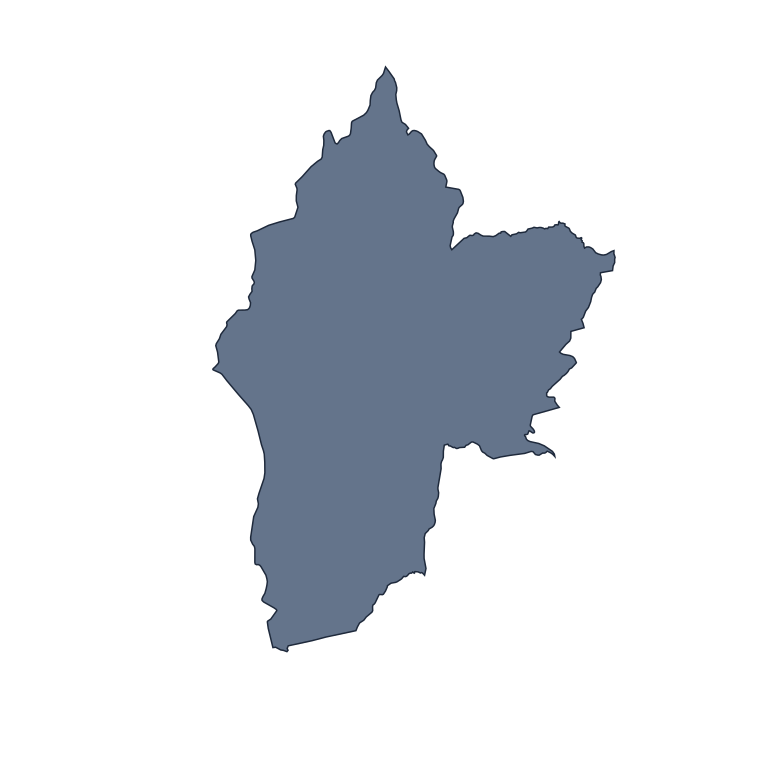 An Khe, Gia Lai, Vietnam (orthographic projection), rotated 206°
{"feature_id": "81297802B94904539855050", "entity_name": "An Khe", "entity_type": "district", "adm_level": 2, "iso_a3": "VNM", "parent_name": "Vietnam", "parent_adm1": "Gia Lai", "projection": "orthographic", "projection_center": [108.675, 14.022], "detail": "fine", "context": "isolated", "style": "filled", "palette": "slate", "viewbox_px": 768, "rotation_deg": 206, "n_neighbors": 0, "source": "geoboundaries", "source_scale": "gbopen_adm2", "svg_char_len": 6168}
<svg xmlns="http://www.w3.org/2000/svg" viewBox="0 0 768 768"><g transform="rotate(206 384 384)"><path d="M544.2,322.1L543.7,321.8L536.2,322.1L533.9,321.7L526.5,318.0L510.3,310.8L496.4,305.0L492.2,302.9L488.0,299.3L476.7,286.7L467.5,275.7L463.1,271.2L460.9,268.5L456.8,261.3L452.2,252.1L450.4,246.5L448.4,230.7L447.4,225.3L444.4,221.3L443.3,217.9L443.0,207.8L436.7,187.9L435.4,185.3L431.9,182.5L429.3,181.2L427.8,179.3L421.9,167.1L420.9,165.8L419.4,165.7L417.8,166.6L416.1,166.6L414.5,165.9L406.3,160.4L403.9,157.6L402.2,155.2L401.1,152.0L400.2,148.5L399.3,143.6L399.6,140.1L399.5,137.6L399.0,136.3L398.4,135.9L396.5,135.3L384.8,134.6L381.8,134.1L381.0,133.3L382.7,123.1L384.6,119.9L384.6,119.1L380.9,113.6L368.3,98.4L366.0,99.9L360.2,99.7L357.6,100.5L353.9,100.9L353.5,102.6L355.1,103.8L355.3,106.7L336.2,121.7L325.4,131.0L301.1,150.0L301.4,154.1L301.2,158.5L298.6,162.9L297.8,166.9L294.8,173.7L294.8,175.3L296.7,178.9L297.0,180.3L296.9,181.0L296.3,181.9L296.0,183.5L296.1,192.2L295.7,192.9L293.0,194.0L292.4,194.8L291.9,198.6L292.1,203.1L292.5,204.2L290.3,208.1L286.6,210.8L285.5,212.0L282.8,216.5L282.0,219.7L280.4,220.2L279.6,220.9L279.0,222.0L278.4,224.4L277.4,225.6L276.3,226.1L275.8,227.6L273.9,227.2L273.7,227.7L274.1,228.7L273.9,229.0L270.9,230.1L268.4,230.1L267.6,231.0L266.5,231.0L263.7,229.9L265.4,236.6L271.5,244.8L273.4,248.6L278.2,259.6L280.5,263.5L281.4,267.6L280.0,271.7L279.9,273.5L278.0,276.3L277.3,278.1L277.1,279.6L277.4,282.0L278.1,284.0L281.9,289.0L284.6,293.9L285.0,299.3L285.7,301.8L285.5,304.8L285.9,306.8L287.2,310.2L289.4,313.1L290.1,314.4L295.5,332.8L297.8,337.2L298.3,339.7L298.2,341.3L298.5,344.0L301.2,349.7L303.0,355.5L300.3,357.9L299.6,357.7L299.0,357.0L298.3,356.9L297.4,357.4L294.4,357.2L293.5,357.4L292.8,358.0L290.8,357.8L290.2,358.0L289.3,358.7L288.2,360.0L283.8,362.5L283.4,364.8L281.9,366.2L280.0,370.1L278.6,370.9L273.7,370.9L271.2,370.4L267.1,366.8L265.5,366.1L263.0,366.0L260.0,365.0L253.5,364.7L252.6,364.9L247.4,369.4L239.3,375.2L227.1,383.3L222.2,387.9L220.4,388.5L217.0,387.0L214.6,387.5L213.3,388.1L211.2,391.4L209.2,392.4L208.4,393.6L208.1,394.8L207.6,395.2L204.0,395.2L201.5,394.8L198.7,393.7L200.2,395.7L203.1,397.3L212.8,398.7L218.8,398.4L227.4,396.3L229.9,396.2L231.8,396.8L233.8,398.8L234.7,399.0L235.3,399.7L235.1,400.4L233.9,400.9L232.9,401.9L233.1,405.5L232.5,405.7L228.9,405.2L227.9,405.7L227.6,406.5L228.1,407.5L229.3,408.4L230.2,408.9L233.7,410.2L234.5,411.1L236.7,420.0L236.5,421.7L216.2,439.8L219.2,441.1L223.0,443.4L224.0,445.9L224.8,446.5L225.6,446.6L229.9,444.5L231.6,444.3L232.2,444.5L232.8,445.1L233.9,447.3L233.5,448.2L233.5,450.8L232.4,452.7L231.8,455.6L227.8,465.4L227.0,469.1L225.9,470.7L224.7,473.4L224.1,475.8L223.9,478.8L222.4,480.7L220.5,487.0L220.5,487.6L224.0,490.5L226.3,491.3L229.4,491.1L236.0,489.2L238.7,489.2L240.3,489.7L237.9,499.3L236.0,504.0L236.2,507.1L239.1,513.2L228.8,522.3L231.7,525.7L235.0,528.7L234.5,529.6L234.1,531.4L234.7,537.9L233.8,542.4L234.3,548.6L235.4,552.8L235.8,555.9L235.4,557.6L234.9,558.8L235.2,563.0L234.5,564.9L233.8,570.0L234.4,573.1L236.2,575.8L237.4,576.8L238.2,578.9L228.3,586.1L229.8,590.5L229.9,594.3L231.4,597.3L231.8,599.1L234.5,601.9L235.8,604.7L237.7,602.7L240.8,598.0L242.8,596.4L244.7,595.5L248.3,594.8L251.3,594.8L255.5,596.9L258.1,597.2L259.9,597.0L261.0,596.5L262.1,595.9L263.3,594.1L264.7,595.4L265.9,597.7L266.7,598.3L268.2,598.3L268.6,599.6L270.1,600.1L270.2,601.7L270.5,602.0L270.9,602.0L271.9,600.8L274.1,599.9L274.9,599.9L275.5,600.0L277.3,601.8L281.0,602.1L283.4,602.9L285.4,604.7L286.2,605.1L290.2,605.2L291.0,605.9L291.5,607.2L293.7,607.0L295.5,606.1L296.6,606.2L297.8,606.8L298.0,606.3L297.2,603.8L297.4,603.2L298.8,602.8L300.2,601.8L300.3,600.2L301.4,598.9L304.8,597.2L305.0,595.4L306.7,594.9L307.6,593.8L309.1,593.9L311.5,593.5L313.0,592.8L314.8,591.4L317.9,590.6L319.1,589.1L322.5,586.4L322.8,584.2L323.4,582.7L327.8,579.7L329.5,579.3L330.7,577.1L334.4,574.2L334.8,572.3L342.4,574.0L344.3,573.0L345.4,572.1L345.3,570.7L346.6,570.1L348.6,566.3L350.5,564.3L354.0,563.1L359.7,560.4L362.3,560.3L365.5,560.7L367.5,560.2L368.6,558.5L368.8,557.1L369.8,556.1L371.9,555.4L372.4,554.7L373.7,551.8L375.9,550.0L381.9,534.4L383.8,535.6L385.2,537.3L387.3,545.9L387.0,547.8L387.3,549.1L388.3,551.1L391.4,555.0L391.9,556.2L392.5,559.4L393.2,560.7L393.4,563.1L393.0,570.0L393.9,574.7L393.8,575.9L392.3,579.6L392.1,580.7L392.7,583.0L394.9,586.3L399.9,590.9L401.0,591.6L402.2,591.7L414.8,588.1L416.2,593.5L416.9,594.7L420.9,598.2L422.2,598.8L425.9,598.8L428.2,599.2L432.1,600.2L433.5,600.9L434.9,602.6L435.8,604.1L436.6,606.3L436.8,607.6L436.6,611.9L436.9,612.4L441.9,615.6L447.3,617.2L450.4,618.5L453.6,621.2L459.9,625.2L464.3,625.7L466.0,625.6L468.0,625.1L469.2,624.3L470.0,623.0L470.8,619.9L471.7,618.4L474.0,620.1L474.5,620.9L474.6,622.4L474.0,624.6L478.5,626.7L482.4,627.1L483.1,627.5L484.7,629.1L490.2,636.3L495.6,642.2L497.5,644.8L500.3,649.4L501.2,653.2L502.4,655.9L505.8,660.0L507.5,661.3L508.6,662.7L516.4,667.0L521.6,669.6L520.6,662.9L520.9,660.6L523.1,654.3L523.0,651.4L521.3,646.4L521.3,643.8L522.1,641.2L522.2,637.5L520.7,633.0L518.8,628.6L518.5,622.8L518.8,620.2L520.1,616.7L527.6,606.4L527.8,605.1L527.4,603.8L525.6,599.5L523.9,594.3L523.9,592.8L524.5,591.3L529.6,586.1L530.5,583.4L530.7,581.4L531.2,579.4L532.1,579.0L533.7,579.3L541.9,587.0L543.8,588.0L544.6,587.7L546.5,585.8L547.0,584.9L547.4,582.4L547.1,580.1L544.8,576.5L542.8,572.1L541.8,567.8L539.0,560.8L539.1,558.6L541.3,555.1L544.8,547.4L548.4,534.6L551.5,525.8L551.3,524.6L548.1,521.8L547.2,520.3L545.4,514.9L543.1,510.1L538.8,505.1L537.4,494.9L538.0,493.2L549.1,483.7L557.2,476.1L565.1,466.1L568.2,463.0L569.3,461.0L569.3,459.9L568.7,458.7L565.2,454.5L558.9,447.9L553.4,438.8L550.1,429.9L549.8,422.7L549.1,421.4L545.8,419.3L545.0,418.3L544.8,416.7L545.4,415.0L545.4,414.1L544.5,411.6L543.2,409.4L543.8,406.0L543.9,402.9L542.5,401.2L539.6,398.6L538.6,396.0L538.3,393.6L538.7,392.0L539.3,390.9L541.4,389.5L547.1,386.6L548.0,385.6L548.6,382.0L552.5,371.0L552.3,370.0L551.0,368.4L550.6,366.4L552.4,357.2L551.8,352.6L552.4,346.8L552.0,344.7L547.6,339.7L542.1,331.3L542.0,329.8L543.3,325.3L544.3,322.9L544.2,322.1Z" fill="#64748b" stroke="#1e293b" stroke-width="1.5"/></g></svg>